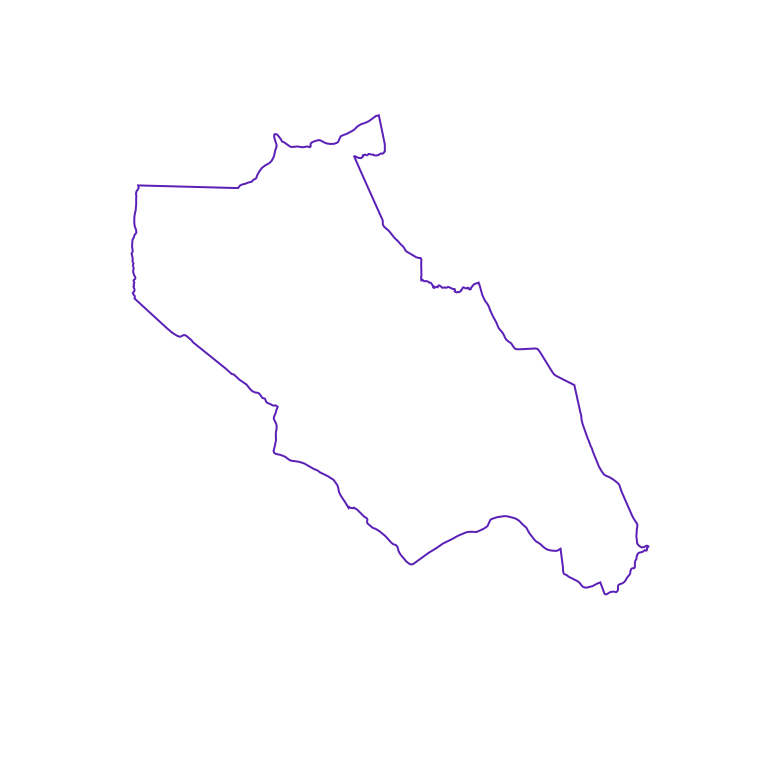 the district of Maringue, Sofala, Mozambique, rotated 145°
{"feature_id": "85939544B35485552295049", "entity_name": "Maringue", "entity_type": "district", "adm_level": 2, "iso_a3": "MOZ", "parent_name": "Mozambique", "parent_adm1": "Sofala", "projection": "natural_earth1", "projection_center": [34.474, -17.814], "detail": "fine", "context": "isolated", "style": "outline", "palette": "violet", "viewbox_px": 768, "rotation_deg": 145, "n_neighbors": 0, "source": "geoboundaries", "source_scale": "gbopen_adm2", "svg_char_len": 6118}
<svg xmlns="http://www.w3.org/2000/svg" viewBox="0 0 768 768"><g transform="rotate(145 384 384)"><path d="M484.1,302.8L483.1,303.3L482.8,302.3L481.7,300.9L480.3,299.8L479.5,299.9L478.0,296.2L476.3,286.6L475.2,284.1L475.1,283.4L475.3,282.6L477.3,280.3L477.4,278.8L475.7,272.6L474.0,270.2L472.2,266.1L470.2,259.1L469.0,249.7L468.2,247.2L466.7,245.4L466.5,244.7L466.5,242.4L467.9,238.8L468.2,236.6L468.3,234.4L467.5,225.9L466.4,222.2L465.3,220.6L463.8,219.9L462.2,219.8L443.9,220.1L434.9,219.5L427.3,219.5L417.7,218.0L410.3,217.2L402.0,215.4L399.8,214.5L397.3,212.9L393.1,209.7L385.2,208.2L381.5,208.2L380.4,208.4L374.8,211.7L373.0,211.6L367.4,209.9L360.8,206.5L358.4,204.4L354.1,199.3L352.9,197.3L351.8,194.7L350.7,188.1L349.8,184.9L350.5,178.5L350.2,171.3L349.8,168.2L347.7,163.1L347.1,159.7L345.9,156.1L344.7,154.1L342.5,151.6L338.8,148.6L337.2,148.0L333.9,147.8L342.6,131.1L344.6,128.1L345.4,125.8L345.3,124.8L343.9,122.5L343.3,120.3L338.7,111.7L337.9,109.5L337.6,104.9L337.3,103.8L336.5,102.3L335.3,101.3L334.4,100.8L329.1,98.8L324.2,98.3L320.6,97.4L323.6,85.9L323.6,85.5L323.2,84.7L322.6,84.2L321.6,84.0L318.2,83.8L317.2,83.4L316.0,82.9L314.9,82.1L313.3,80.4L312.3,80.3L311.1,80.7L310.0,81.6L308.3,84.3L307.4,84.8L306.1,84.9L303.1,84.0L301.0,84.0L299.3,84.4L295.6,86.1L292.0,87.0L290.8,87.8L289.3,89.6L287.3,90.7L286.2,90.6L284.8,89.7L283.7,89.9L281.7,92.8L280.4,94.3L279.2,95.3L277.5,95.9L276.1,97.7L274.1,99.1L272.8,99.5L271.9,99.5L268.5,98.2L266.0,98.3L265.6,98.2L265.0,97.2L264.6,97.0L263.9,97.2L262.7,98.8L261.3,99.1L260.8,99.0L260.4,98.5L260.9,100.2L261.8,101.0L264.0,101.2L266.4,102.1L266.7,102.5L267.9,105.1L268.1,107.5L267.8,108.7L265.4,113.0L264.9,114.1L260.3,119.9L258.1,122.1L257.2,123.5L256.9,124.6L256.6,131.3L256.2,134.3L251.1,159.6L249.1,166.6L249.4,169.1L250.9,174.0L252.7,178.2L254.9,181.7L255.7,183.9L255.8,187.4L255.3,193.1L251.6,209.2L250.8,211.4L250.3,214.6L248.8,220.2L248.5,222.1L244.3,237.2L242.6,241.5L240.2,245.7L239.8,247.2L228.7,273.9L238.1,291.5L239.0,293.6L239.3,296.4L237.9,320.6L238.0,324.2L238.3,324.9L239.8,326.4L253.1,334.7L255.8,336.8L256.4,337.8L256.6,339.4L256.5,344.4L257.9,348.1L258.4,350.4L258.3,352.7L257.8,354.7L257.5,357.7L258.0,364.2L256.7,369.8L255.8,378.0L254.7,383.6L253.6,387.8L253.4,390.4L253.5,394.5L253.1,396.9L252.4,400.7L249.4,409.0L248.4,412.6L249.1,412.4L249.5,413.0L250.5,413.6L251.5,413.6L252.3,414.0L253.2,413.9L253.8,414.0L254.7,413.5L255.7,413.5L256.9,412.9L257.9,412.8L258.4,412.0L258.7,412.0L259.7,412.4L260.0,412.9L260.1,413.3L259.7,414.3L260.0,414.7L260.3,414.9L261.8,415.1L262.2,415.4L263.2,417.3L263.6,417.7L264.2,417.7L266.2,416.7L267.1,416.7L267.9,416.0L269.8,416.2L270.8,417.1L271.9,417.3L272.9,418.9L273.0,419.4L271.9,420.1L271.7,421.2L273.0,422.2L275.5,426.5L276.0,426.8L277.9,427.1L279.0,428.4L280.4,428.9L281.0,429.4L281.9,432.6L282.4,433.3L283.0,433.3L284.5,432.5L285.1,433.5L285.6,433.7L287.4,433.8L288.1,434.2L288.3,435.1L288.1,435.3L287.4,435.0L287.2,435.4L287.8,436.5L287.5,437.7L287.7,440.1L288.2,440.8L288.7,441.0L289.4,442.9L290.3,444.0L292.2,445.2L292.8,447.5L293.3,447.5L293.7,447.2L294.0,447.4L292.9,449.5L290.9,451.7L283.8,462.3L282.4,463.9L282.0,464.7L281.8,465.9L281.8,466.2L283.4,467.4L283.9,468.2L284.9,469.3L289.7,480.0L289.8,481.0L289.5,483.4L289.5,485.7L290.4,489.8L290.5,492.2L291.6,497.7L292.1,506.2L293.6,512.3L293.7,513.7L293.4,515.4L291.2,518.8L281.4,570.0L277.9,587.5L277.1,587.3L276.8,586.2L276.0,585.5L275.5,584.1L273.4,582.3L272.9,582.1L271.3,582.5L270.6,582.4L270.4,582.6L270.4,583.1L270.1,583.5L269.2,583.0L268.4,583.0L267.7,582.4L267.2,581.5L266.7,581.1L265.7,581.0L264.8,581.3L263.6,580.4L262.9,579.3L261.8,578.4L261.2,578.1L261.1,577.5L260.7,576.8L259.4,575.7L257.5,574.8L254.9,574.7L253.9,574.3L253.3,573.6L252.7,573.5L251.3,573.6L250.4,574.1L249.9,574.0L245.8,580.0L234.1,607.1L235.5,607.4L236.6,608.2L245.8,608.0L250.1,608.8L253.4,609.9L256.8,610.2L259.2,610.1L261.2,609.6L263.7,609.4L271.0,610.3L276.5,611.7L277.6,611.6L282.8,608.6L283.9,608.5L287.2,609.4L290.4,611.5L293.0,614.0L294.1,615.6L296.4,620.1L297.8,621.4L302.0,622.8L305.1,623.3L306.6,622.6L307.1,622.0L307.5,620.9L307.8,620.7L309.0,620.6L310.5,622.5L314.9,624.6L318.5,628.1L323.9,631.2L325.0,633.0L327.1,639.0L328.5,641.3L328.2,642.5L328.1,644.7L328.4,649.5L328.8,650.2L330.1,651.3L330.5,651.3L331.4,650.7L332.5,648.8L333.4,646.2L334.7,641.8L335.7,640.2L336.2,640.1L336.7,639.4L339.2,637.7L340.5,636.4L343.9,633.4L347.9,631.3L351.1,630.7L356.2,631.2L360.2,631.0L364.5,629.5L367.7,628.0L369.0,627.2L369.8,626.3L371.4,625.8L373.9,626.2L376.5,625.6L379.4,626.8L383.5,627.8L384.4,628.3L387.0,629.1L388.3,629.1L391.0,628.2L391.6,628.5L471.5,687.7L472.0,686.4L472.7,685.1L476.2,683.8L477.8,682.4L479.3,679.7L481.0,677.6L483.5,673.9L487.8,668.7L489.7,667.1L492.7,664.0L495.9,659.6L497.8,656.0L498.5,653.0L499.1,651.6L499.9,650.3L500.7,649.7L502.4,649.3L503.6,648.7L504.7,647.6L507.4,646.3L511.5,641.2L512.1,639.8L513.7,636.9L514.1,636.5L515.9,635.7L517.9,630.8L519.3,629.2L519.8,628.2L520.0,626.6L521.6,625.1L522.9,622.0L524.3,621.0L525.3,619.4L526.3,616.3L526.4,614.3L526.8,613.6L527.4,612.9L529.7,612.6L530.3,610.5L530.7,609.9L531.7,609.5L532.4,607.8L533.3,607.6L533.7,606.4L533.8,605.3L534.7,603.8L535.3,603.2L537.5,602.7L537.9,601.3L537.7,599.4L538.2,598.1L539.3,597.1L529.6,553.2L528.0,547.4L526.0,542.5L524.5,540.2L523.3,539.4L521.1,539.2L519.5,538.7L518.4,537.1L516.6,530.5L516.5,527.7L504.7,486.9L503.0,479.5L501.5,477.9L500.0,470.6L496.9,462.3L496.6,456.4L495.9,453.5L494.4,451.0L492.4,449.1L491.7,447.7L491.6,442.5L491.4,441.9L490.3,440.8L490.0,440.1L490.7,437.1L490.6,435.8L488.6,432.7L487.5,430.3L486.6,429.4L485.4,428.9L484.6,427.8L484.2,426.2L486.4,424.9L489.3,422.5L492.9,420.2L493.8,419.3L494.4,418.2L495.0,413.8L495.8,411.6L496.3,410.7L498.6,408.0L499.9,406.8L501.4,405.0L504.7,399.9L509.7,395.2L512.8,392.6L513.4,390.8L512.9,389.0L509.9,385.8L508.0,383.2L506.7,381.1L505.2,376.4L504.2,374.6L498.2,369.0L494.9,364.6L490.1,354.4L488.3,351.7L487.7,350.4L487.1,348.3L483.0,341.0L480.3,334.4L480.2,328.1L481.1,325.0L482.1,323.1L483.0,320.4L483.5,317.2L483.6,310.0L484.1,302.8Z" fill="none" stroke="#5b21b6" stroke-width="2"/></g></svg>